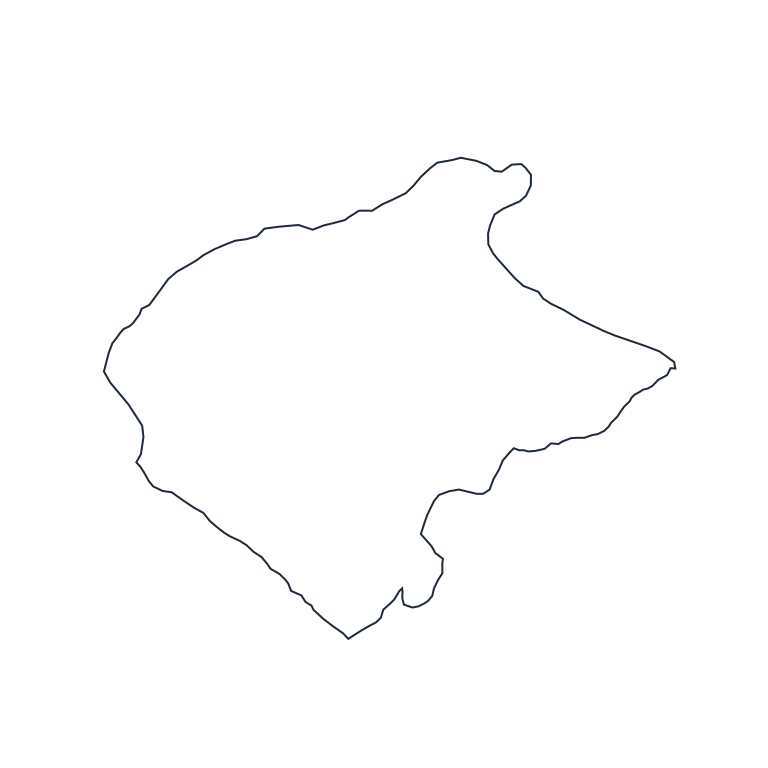 the district of Ismailli District, İsmayıllı, Azerbaijan, rotated 199°
{"feature_id": "54616110B45290451128830", "entity_name": "Ismailli District", "entity_type": "district", "adm_level": 2, "iso_a3": "AZE", "parent_name": "Azerbaijan", "parent_adm1": "İsmayıllı", "projection": "equal_earth", "projection_center": [48.125, 40.803], "detail": "fine", "context": "isolated", "style": "outline", "palette": "slate", "viewbox_px": 768, "rotation_deg": 199, "n_neighbors": 0, "source": "geoboundaries", "source_scale": "gbopen_adm2", "svg_char_len": 2422}
<svg xmlns="http://www.w3.org/2000/svg" viewBox="0 0 768 768"><g transform="rotate(199 384 384)"><path d="M334.9,131.4L330.2,137.2L325.7,142.9L319.6,150.0L313.9,156.1L310.9,161.8L311.2,170.4L306.4,178.9L304.1,183.8L302.2,193.0L300.3,196.7L298.7,193.2L297.1,187.7L293.4,181.9L284.4,181.9L279.0,185.0L274.8,189.2L271.7,193.2L269.4,199.3L270.2,207.1L269.1,216.3L267.2,224.0L270.1,232.3L271.4,237.9L280.5,240.9L286.2,246.1L300.3,254.1L300.5,264.0L300.5,274.1L298.6,289.7L295.9,297.0L287.2,304.0L278.7,308.6L260.8,310.3L254.6,312.4L249.8,318.5L249.5,329.9L247.4,340.4L246.8,350.3L243.2,359.4L240.4,365.5L234.4,365.4L230.7,366.8L225.6,367.2L219.4,369.9L213.4,373.5L210.8,375.3L206.8,382.2L199.6,384.0L196.6,387.7L189.6,393.6L183.7,396.1L177.1,398.3L170.6,403.4L165.5,406.3L160.5,411.4L157.6,417.1L156.7,421.2L152.8,429.0L151.5,434.3L149.5,440.9L146.0,447.9L145.6,451.3L143.7,455.4L140.0,459.4L137.1,463.1L133.0,465.7L129.8,469.3L128.0,472.9L126.0,477.4L121.5,482.1L119.3,484.6L118.1,492.3L113.6,493.5L116.8,499.2L134.1,504.5L149.1,505.0L165.7,505.0L182.1,505.0L193.4,505.7L219.9,508.6L238.0,512.5L252.0,514.2L261.4,516.6L268.1,521.4L284.0,522.1L294.9,526.7L306.9,533.4L317.0,539.0L323.5,543.1L330.8,550.0L334.6,560.2L335.3,568.4L334.6,580.4L328.3,588.6L321.1,595.4L315.1,600.9L311.0,608.4L309.8,619.5L313.1,629.6L320.6,634.5L325.7,636.6L328.8,635.4L334.6,633.0L341.8,623.1L348.8,621.4L357.8,624.6L368.1,625.0L369.3,625.1L385.0,622.9L393.0,617.6L405.7,610.6L410.6,603.1L416.6,591.8L420.7,581.1L425.5,571.5L436.8,560.2L443.8,553.7L451.8,543.8L455.9,542.6L464.1,539.7L471.8,530.0L474.4,526.2L486.0,518.5L492.5,514.4L501.6,506.7L516.6,506.5L533.9,498.8L547.6,492.0L552.2,482.4L561.3,476.1L571.2,471.1L578.2,465.3L588.1,456.4L596.7,447.0L601.0,440.6L608.5,431.7L616.4,422.8L622.2,412.9L625.3,402.6L631.6,382.4L637.7,376.1L637.8,370.1L641.0,360.2L643.3,355.9L648.1,351.2L650.2,346.1L651.9,340.3L654.1,334.1L654.4,323.8L652.9,304.6L643.3,296.2L619.0,281.5L599.1,265.9L594.2,255.6L591.0,238.6L592.7,229.3L587.2,226.3L582.3,222.4L574.7,215.6L568.8,212.0L558.6,210.8L549.5,212.5L535.6,208.4L523.5,205.2L512.8,203.3L503.8,197.6L495.1,194.2L486.6,191.3L479.9,189.8L469.1,188.7L461.4,186.8L452.9,182.9L443.7,180.6L436.0,176.0L431.1,172.3L421.0,170.4L413.7,166.9L409.8,164.4L404.4,158.1L393.2,157.2L387.3,152.4L380.5,150.9L377.1,147.5L365.2,142.3L353.3,138.3L341.4,134.9L334.9,131.4Z" fill="none" stroke="#1e293b" stroke-width="2"/></g></svg>